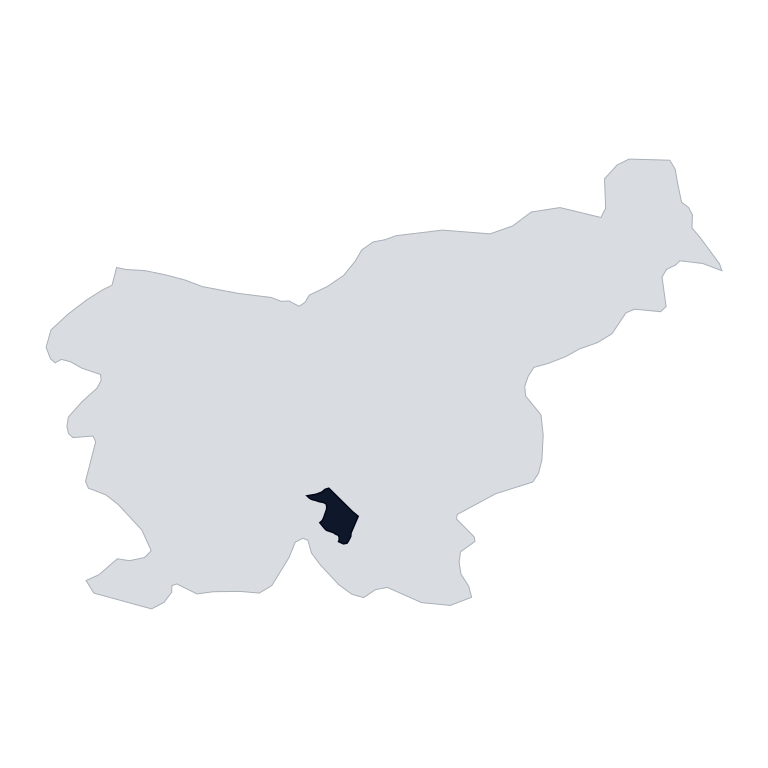 Ribnica highlighted on a map of Slovenia
{"feature_id": "SVN-218", "entity_name": "Ribnica", "entity_type": "Municipality", "adm_level": 1, "iso_a3": "SVN", "parent_name": "Slovenia", "parent_adm1": "", "projection": "orthographic", "projection_center": [14.692, 45.729], "detail": "fine", "context": "in_parent", "style": "filled", "palette": "ink", "viewbox_px": 768, "rotation_deg": 0, "n_neighbors": 0, "source": "natural_earth", "source_scale": "10m", "svg_char_len": 2188}
<svg xmlns="http://www.w3.org/2000/svg" viewBox="0 0 768 768"><path d="M721.9,270.7L702.7,263.5L679.8,260.8L675.6,265.0L666.5,269.4L662.0,277.0L666.1,306.5L660.6,311.7L634.5,309.2L626.0,312.8L612.1,333.6L597.7,342.5L579.3,349.0L565.7,356.6L548.5,363.3L533.8,367.4L528.1,376.5L524.7,386.5L525.7,396.1L541.0,414.9L543.2,435.1L541.9,459.9L538.6,473.1L532.8,482.0L495.7,493.7L457.3,514.4L456.5,519.0L474.2,536.9L475.0,541.4L460.5,551.8L459.1,562.1L460.9,574.0L468.7,586.2L471.6,597.2L450.3,605.4L421.5,602.6L387.3,587.4L375.3,589.7L363.7,597.6L351.9,594.3L338.9,584.8L320.5,565.1L311.5,553.1L307.9,540.2L302.9,538.3L295.3,542.1L288.9,557.7L271.8,585.6L259.2,593.1L240.2,591.4L213.5,591.7L196.9,593.9L176.7,583.9L171.8,585.7L171.7,592.2L164.0,602.4L151.5,608.9L93.9,593.1L86.0,580.5L99.0,574.7L117.3,558.8L129.5,560.7L144.6,557.5L151.2,550.7L141.9,530.1L118.3,504.6L105.8,494.8L88.4,488.2L85.5,481.4L95.7,441.7L92.9,436.0L73.0,437.6L68.4,433.4L66.9,426.4L68.4,417.0L82.0,401.7L97.0,388.2L101.1,380.5L100.6,374.5L81.7,368.1L70.4,361.7L61.3,359.4L55.1,362.8L50.5,358.8L46.1,347.3L51.0,329.9L68.2,314.0L86.7,299.9L102.8,289.7L112.0,285.3L116.6,267.5L126.0,269.5L144.8,270.6L165.7,274.9L185.2,280.1L202.3,286.6L238.3,293.4L271.2,297.5L281.1,301.3L289.2,301.0L299.1,306.4L305.0,302.3L309.3,295.1L327.2,286.6L343.7,275.4L355.2,261.2L361.7,250.0L373.0,242.0L385.0,239.7L396.0,235.7L442.3,230.1L490.0,233.9L512.7,225.9L531.3,212.0L558.5,207.8L560.0,207.6L601.0,217.5L604.0,211.3L605.7,208.6L604.5,178.8L617.1,165.0L629.0,159.1L669.7,160.2L675.2,169.2L677.6,183.4L681.6,202.3L688.5,207.4L692.4,214.8L692.0,228.0L700.2,237.6L719.5,263.8L721.9,270.7Z" fill="#d9dde1" stroke="#a8b0b8" stroke-width="1"/><path d="M306.9,495.8L315.8,494.3L321.6,492.2L325.1,489.3L328.8,488.2L352.4,511.5L358.2,516.3L351.0,533.1L350.8,536.4L348.5,541.0L347.0,543.2L343.5,543.9L338.5,541.6L339.2,539.9L339.1,538.9L339.2,537.7L338.7,536.2L338.3,535.2L336.0,534.4L333.3,532.6L326.4,530.3L324.4,528.3L319.8,522.7L322.3,520.5L323.6,517.8L326.6,509.2L326.7,506.4L326.1,503.9L324.7,503.1L323.4,502.5L319.3,501.7L314.8,500.2L312.8,499.8L311.7,499.4L309.6,498.3L306.9,495.8Z" fill="#0f172a" stroke="#020617" stroke-width="1.5"/></svg>